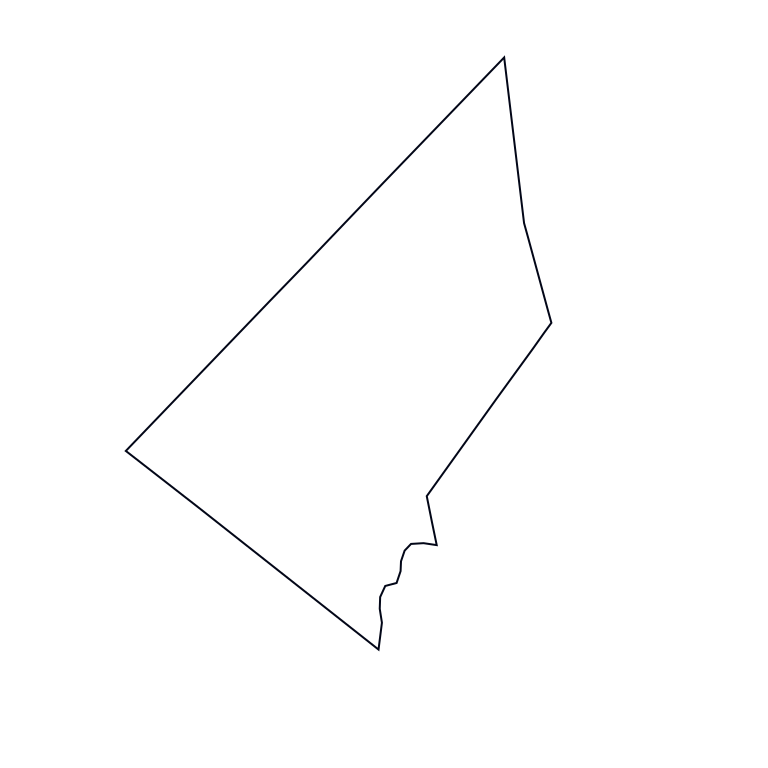 Severiano Melo, Rio Grande do Norte, Brazil, rotated 332°
{"feature_id": "56859067B49050380143436", "entity_name": "Severiano Melo", "entity_type": "district", "adm_level": 2, "iso_a3": "BRA", "parent_name": "Brazil", "parent_adm1": "Rio Grande do Norte", "projection": "albers", "projection_center": [-37.976, -5.776], "detail": "fine", "context": "isolated", "style": "outline", "palette": "ink", "viewbox_px": 768, "rotation_deg": 332, "n_neighbors": 0, "source": "geoboundaries", "source_scale": "gbopen_adm2", "svg_char_len": 526}
<svg xmlns="http://www.w3.org/2000/svg" viewBox="0 0 768 768"><g transform="rotate(332 384 384)"><path d="M124.6,321.9L133.3,341.3L162.1,405.7L254.5,615.9L270.1,593.8L274.7,580.5L280.6,570.3L290.3,562.9L301.7,565.6L310.8,557.0L315.8,548.5L324.0,540.8L332.8,537.9L344.2,543.1L354.9,551.0L361.4,528.8L369.1,503.1L475.9,450.1L531.9,422.8L549.4,414.0L560.5,408.6L563.5,395.1L580.0,322.2L583.2,307.7L643.4,152.1L477.4,206.2L438.2,219.1L371.4,241.2L321.9,257.2L124.6,321.9Z" fill="none" stroke="#020617" stroke-width="2"/></g></svg>